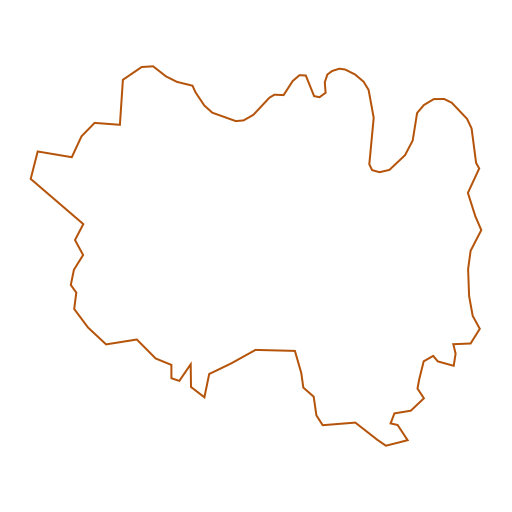 outline of Chust, Namangan, Uzbekistan
{"feature_id": "79887680B74841511889074", "entity_name": "Chust", "entity_type": "district", "adm_level": 2, "iso_a3": "UZB", "parent_name": "Uzbekistan", "parent_adm1": "Namangan", "projection": "mercator", "projection_center": [71.199, 41.034], "detail": "fine", "context": "isolated", "style": "outline", "palette": "amber", "viewbox_px": 512, "rotation_deg": 0, "n_neighbors": 0, "source": "geoboundaries", "source_scale": "gbopen_adm2", "svg_char_len": 1348}
<svg xmlns="http://www.w3.org/2000/svg" viewBox="0 0 512 512"><path d="M407.6,440.2L397.6,425.0L390.6,423.4L394.4,413.4L410.8,410.7L423.9,398.3L417.5,388.6L419.2,379.4L423.7,361.3L433.2,355.9L437.8,361.4L453.7,365.8L455.6,353.6L453.3,344.2L470.6,343.5L479.8,328.8L472.7,315.9L469.1,296.0L468.1,269.2L470.6,250.8L481.3,230.1L475.3,216.2L467.9,192.9L479.2,168.5L479.1,168.4L476.1,162.9L471.6,128.5L467.1,118.9L451.7,102.7L444.2,99.0L433.8,99.1L423.9,105.0L417.1,113.0L412.7,140.5L405.0,155.2L389.4,169.9L379.5,172.2L372.1,170.1L369.3,164.3L373.7,117.8L368.6,89.9L363.6,81.7L355.1,74.5L345.1,69.5L339.4,68.7L332.1,71.0L327.4,74.5L324.8,82.2L325.6,92.8L319.5,97.2L314.1,96.1L305.8,75.5L299.5,75.2L292.7,81.0L283.6,95.1L274.4,94.7L269.4,97.7L253.4,114.8L243.6,120.4L235.8,121.1L212.3,112.7L204.3,105.5L195.5,92.3L192.5,85.7L177.0,81.9L166.0,76.4L153.1,66.3L141.7,67.0L122.9,79.8L119.9,124.8L94.6,122.9L81.5,136.3L71.8,157.2L37.7,151.5L30.7,178.9L83.3,224.1L75.0,240.0L83.1,255.0L73.9,269.8L70.8,285.0L76.3,292.6L74.2,309.0L88.0,327.5L106.1,344.4L136.8,339.5L155.7,358.5L171.4,364.9L171.4,378.2L179.3,380.9L190.7,364.3L191.0,387.0L204.4,397.3L209.2,374.0L231.2,363.4L255.5,349.9L294.9,350.9L301.3,373.1L303.3,387.6L313.7,396.7L316.4,415.4L322.7,425.2L355.3,422.6L377.3,439.8L385.9,445.7L407.6,440.2Z" fill="none" stroke="#b45309" stroke-width="2"/></svg>